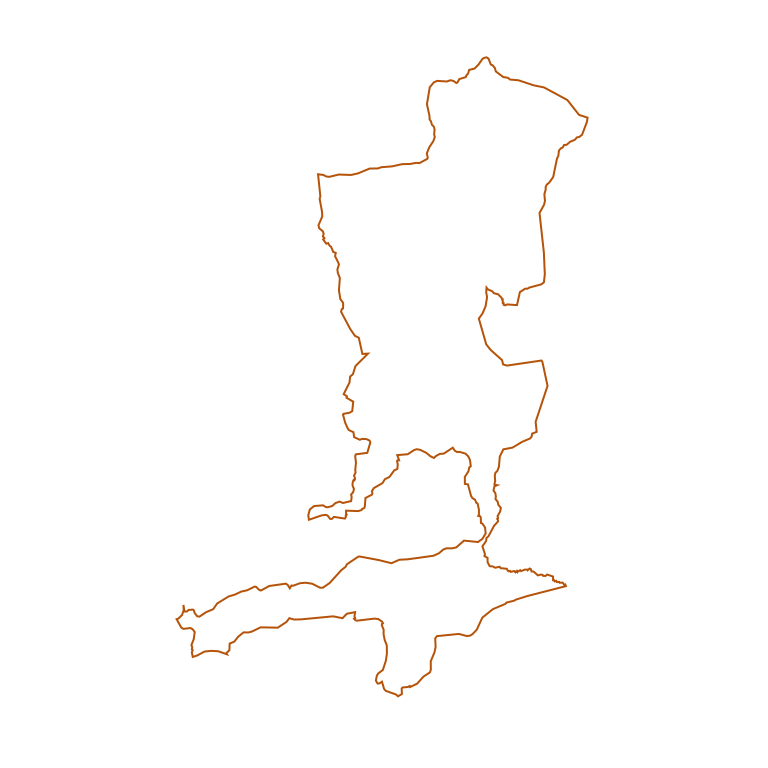 the district of Uyui, Tabora, United Republic of Tanzania, rotated 263°
{"feature_id": "72390352B28683809474818", "entity_name": "Uyui", "entity_type": "district", "adm_level": 2, "iso_a3": "TZA", "parent_name": "United Republic of Tanzania", "parent_adm1": "Tabora", "projection": "mercator", "projection_center": [33.083, -4.94], "detail": "fine", "context": "isolated", "style": "outline", "palette": "amber", "viewbox_px": 768, "rotation_deg": 263, "n_neighbors": 0, "source": "geoboundaries", "source_scale": "gbopen_adm2", "svg_char_len": 6146}
<svg xmlns="http://www.w3.org/2000/svg" viewBox="0 0 768 768"><g transform="rotate(263 384 384)"><path d="M134.9,195.1L136.0,194.6L138.6,198.1L145.2,199.2L146.5,204.0L150.9,208.4L154.6,214.4L153.9,219.1L154.4,222.7L157.5,231.9L155.1,248.9L159.8,258.3L163.1,261.5L161.2,266.0L160.5,272.9L159.6,305.2L156.6,314.3L160.5,319.1L161.1,327.5L157.0,326.4L155.0,326.8L154.7,325.7L153.0,326.8L152.4,328.3L152.3,346.0L151.4,349.7L148.3,353.2L146.6,353.8L146.3,352.9L144.9,352.4L140.3,353.7L135.5,353.1L129.7,353.5L124.4,354.9L116.4,354.1L109.0,352.1L100.3,348.0L97.5,343.1L95.5,341.4L90.6,339.8L87.5,341.1L87.4,343.0L88.8,345.7L81.4,346.9L79.2,348.4L74.3,358.2L72.3,359.8L74.1,364.0L79.5,364.4L80.5,365.3L80.4,370.9L81.1,372.7L80.0,372.9L82.6,380.5L88.7,387.4L92.2,394.5L94.9,395.7L103.1,396.6L111.3,401.3L116.8,403.2L125.2,403.8L127.3,405.8L126.8,427.9L123.8,435.3L123.7,438.6L124.9,441.3L128.8,446.1L140.1,453.1L147.3,464.7L151.0,477.8L152.1,478.8L153.1,487.0L153.9,488.5L156.1,500.6L161.2,539.9L162.9,539.5L162.6,538.5L165.1,537.1L165.3,534.1L166.2,533.8L166.3,531.5L167.6,531.0L167.3,529.4L168.5,529.0L168.6,527.9L172.3,528.3L175.0,522.7L173.8,521.0L174.2,518.5L175.2,518.2L175.7,516.5L175.3,513.4L179.6,509.6L180.0,507.6L182.5,507.1L183.1,506.0L181.6,503.9L182.3,503.7L182.6,501.3L181.6,497.2L182.6,496.5L181.6,494.6L182.3,493.6L181.0,493.2L181.8,492.2L181.1,491.5L182.5,490.5L182.1,487.0L183.2,486.3L182.8,485.1L183.5,484.1L185.6,483.4L187.0,477.3L188.5,476.5L188.1,471.9L189.6,469.9L190.3,466.7L194.5,465.1L198.8,465.6L201.0,462.7L202.8,463.5L210.9,461.9L215.7,466.2L218.6,466.9L220.1,469.1L229.8,475.9L233.6,480.3L235.0,480.6L236.3,479.9L237.1,480.9L239.0,480.6L243.2,483.7L246.8,484.9L250.3,482.7L253.3,482.5L256.3,480.6L258.5,481.3L262.3,481.2L264.8,479.7L269.0,481.1L269.8,483.9L270.6,481.5L271.2,481.4L274.1,482.5L279.6,482.8L282.2,483.7L283.9,485.9L287.9,488.0L297.9,490.1L304.6,494.5L305.2,503.8L309.7,513.9L312.1,522.2L313.5,524.0L316.7,525.0L317.9,529.7L328.0,529.9L362.2,546.1L386.7,543.9L388.1,543.2L387.3,508.3L388.9,504.6L393.3,504.1L404.8,494.0L410.9,490.3L437.4,486.1L441.9,490.3L448.8,494.3L457.7,496.9L462.5,496.6L467.2,497.5L465.2,498.7L462.9,502.7L460.6,504.3L459.3,508.0L455.4,511.1L453.4,511.6L453.5,512.1L449.9,511.8L449.7,512.6L448.0,512.4L447.3,513.9L448.0,515.8L446.1,525.6L458.7,530.1L461.4,535.8L461.1,538.0L462.0,540.0L463.7,552.2L465.4,555.1L473.4,557.0L495.1,558.7L534.8,559.2L542.4,564.7L546.2,566.1L552.9,566.3L557.3,568.2L559.7,568.4L562.0,569.8L563.8,572.6L568.9,577.2L586.8,583.2L589.1,584.8L594.4,586.1L596.4,588.4L596.9,590.1L599.3,591.9L599.1,594.3L601.7,598.2L603.2,603.3L605.2,605.4L605.4,607.9L607.3,611.0L619.5,617.4L623.6,618.5L627.3,610.4L643.5,600.6L658.9,578.9L662.2,569.0L669.1,554.4L670.8,546.3L672.8,544.3L674.2,539.7L680.6,533.1L684.2,532.5L687.0,530.7L688.2,528.9L694.2,527.4L695.7,525.6L695.5,523.1L694.6,521.3L689.5,516.7L686.0,512.2L685.4,506.8L681.8,505.3L680.3,503.4L678.6,502.5L677.5,496.0L674.1,493.4L674.0,492.4L676.3,489.9L677.4,487.0L676.6,483.2L678.4,473.6L677.2,470.1L673.0,465.6L656.4,460.7L644.8,461.8L640.9,461.5L639.1,462.6L635.4,463.2L633.6,464.7L630.5,465.3L625.9,464.2L622.9,464.5L619.1,462.6L613.3,457.7L607.7,454.6L603.4,455.0L602.2,454.4L598.9,446.0L599.6,442.8L599.2,437.1L600.0,428.7L599.0,418.4L599.5,407.9L598.7,404.0L599.6,396.1L596.2,383.8L595.5,376.6L597.4,364.8L596.3,354.9L597.0,352.0L598.9,349.2L600.2,344.1L578.1,343.7L575.5,342.7L562.4,343.5L557.8,343.1L549.5,338.3L546.4,338.7L542.9,342.0L540.4,342.4L537.9,341.3L536.0,342.7L534.9,341.2L530.3,343.8L530.7,345.7L528.0,346.8L526.7,348.2L521.3,349.7L520.0,352.1L516.8,351.0L509.9,353.5L508.0,353.8L503.4,351.7L499.9,351.7L494.6,353.1L482.5,350.7L473.7,351.0L469.5,353.3L464.0,352.6L463.4,351.2L460.9,350.2L442.7,357.2L435.4,361.0L433.0,364.6L416.5,366.2L416.1,371.8L405.3,357.9L397.6,354.4L395.5,351.3L389.6,349.9L378.8,342.7L376.4,345.7L374.9,345.1L370.2,351.3L361.0,349.2L359.7,346.5L359.3,340.1L358.7,339.6L350.5,340.7L344.9,342.4L342.6,343.4L339.9,347.8L334.9,347.9L331.6,353.2L332.2,355.5L331.4,360.0L329.6,362.8L327.6,363.3L317.7,359.0L317.6,347.4L315.9,346.6L309.4,346.6L301.6,344.9L299.8,345.1L296.7,343.1L293.5,343.8L292.2,343.0L292.7,342.6L292.1,341.8L289.6,340.8L287.1,340.4L283.3,341.4L280.1,340.0L278.4,337.9L275.6,338.1L271.8,337.1L270.9,328.7L272.7,325.6L271.7,321.2L269.3,317.9L268.5,313.3L268.9,311.4L271.0,308.7L271.4,299.8L268.5,295.1L262.9,292.8L258.4,293.0L261.2,306.1L261.2,310.2L260.4,311.9L256.6,314.2L256.5,315.9L258.2,318.1L255.2,328.8L256.8,330.0L258.2,330.0L258.8,331.0L259.5,330.5L262.9,330.9L261.0,343.0L261.6,346.3L262.6,347.0L263.3,349.2L264.5,350.0L273.1,351.7L275.7,358.6L277.0,359.2L279.3,359.0L282.0,361.4L285.8,370.4L289.4,373.3L291.1,378.1L297.0,383.6L298.1,386.9L302.9,387.9L305.7,387.5L306.5,387.9L306.4,389.7L311.8,388.5L311.4,399.0L314.8,405.9L315.3,408.7L314.2,411.9L310.5,417.6L306.6,421.3L304.5,424.5L306.1,426.6L307.8,430.8L307.6,434.8L312.4,444.5L309.2,446.1L307.6,448.2L307.4,450.8L304.9,456.5L301.7,458.9L298.0,460.1L291.8,460.1L290.7,458.4L287.1,457.2L281.9,452.9L275.0,452.1L274.1,455.1L262.1,456.8L259.9,457.9L258.2,460.2L254.9,461.1L254.0,462.3L247.9,462.9L242.7,462.3L241.6,461.5L241.1,463.2L239.8,463.8L234.2,463.3L233.4,464.7L229.2,466.8L223.3,466.7L218.3,462.8L215.7,458.0L218.8,444.3L213.0,435.8L212.6,431.8L213.3,425.9L212.5,422.7L209.3,417.9L207.5,412.2L207.1,386.4L207.7,377.8L205.2,369.6L209.9,357.3L215.8,338.7L215.7,337.3L209.6,325.2L207.3,323.7L204.4,318.9L193.1,305.8L189.3,298.6L189.6,295.7L194.5,288.4L196.3,282.0L196.5,276.3L194.8,269.0L195.3,267.6L192.7,265.6L196.1,264.1L197.8,262.3L197.5,245.5L194.0,236.6L195.2,234.7L198.2,232.4L198.7,231.0L195.9,222.9L195.4,217.1L193.2,210.6L192.0,203.7L186.5,191.7L181.3,187.0L179.2,179.6L175.6,172.5L176.2,170.3L179.7,168.2L182.8,167.6L183.4,166.8L183.5,162.5L182.2,160.6L182.5,158.2L189.2,158.0L184.2,157.7L179.3,155.4L176.2,151.2L175.9,149.5L166.9,153.1L165.4,155.1L165.4,162.1L163.8,164.3L160.8,165.9L153.8,164.0L148.3,161.0L146.4,161.6L143.9,161.0L143.2,161.7L141.2,160.6L136.4,160.9L137.4,165.8L140.3,173.2L140.2,180.0L139.0,186.8L134.9,195.1Z" fill="none" stroke="#b45309" stroke-width="2"/></g></svg>